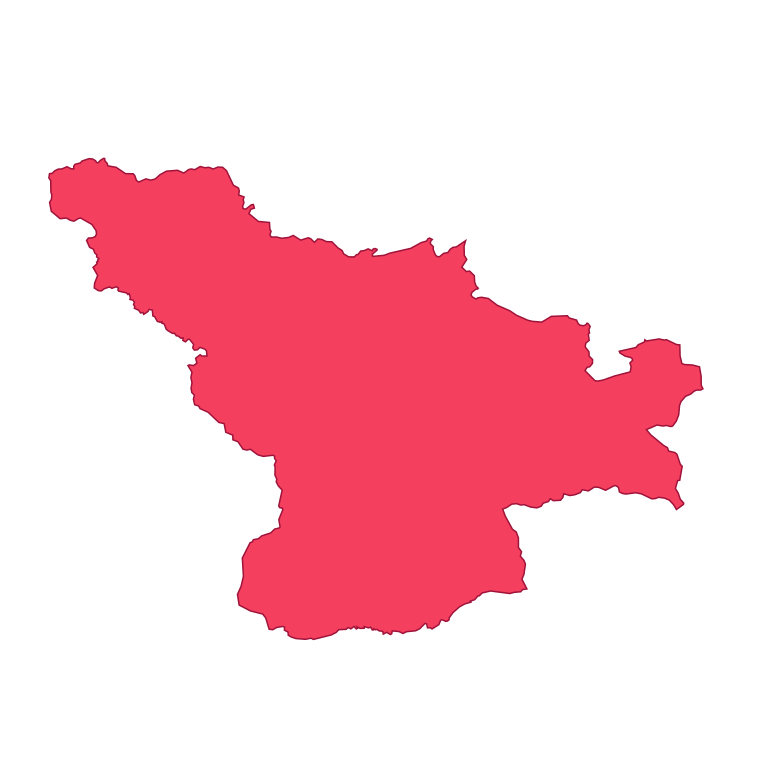 the district of Beroroha, Atsimo-Andrefana, Madagascar, rotated 265°
{"feature_id": "10022922B39697778193382", "entity_name": "Beroroha", "entity_type": "district", "adm_level": 2, "iso_a3": "MDG", "parent_name": "Madagascar", "parent_adm1": "Atsimo-Andrefana", "projection": "natural_earth1", "projection_center": [45.328, -21.505], "detail": "fine", "context": "isolated", "style": "filled", "palette": "rose", "viewbox_px": 768, "rotation_deg": 265, "n_neighbors": 0, "source": "geoboundaries", "source_scale": "gbopen_adm2", "svg_char_len": 6148}
<svg xmlns="http://www.w3.org/2000/svg" viewBox="0 0 768 768"><g transform="rotate(265 384 384)"><path d="M633.0,125.4L633.2,124.3L631.6,121.1L629.3,118.4L629.8,116.9L631.5,116.2L633.5,113.5L634.2,109.9L632.5,102.7L630.7,100.7L629.8,95.4L628.1,93.9L625.3,93.7L625.7,91.0L628.1,87.1L626.3,81.8L626.5,78.3L625.1,74.6L622.8,71.8L622.7,69.1L618.5,68.1L615.6,69.7L604.4,68.9L601.2,69.5L597.0,68.8L594.1,66.7L585.0,67.6L576.9,75.8L577.0,82.1L574.5,85.6L573.2,89.3L575.6,94.3L575.7,96.4L568.4,106.9L562.0,110.5L558.6,110.7L556.1,109.3L555.0,106.2L555.2,102.3L552.9,100.2L545.7,102.7L543.6,106.3L539.9,107.2L537.7,109.1L535.7,108.8L533.7,110.9L532.4,109.5L531.0,109.6L530.5,108.3L528.9,108.7L525.5,104.3L517.1,108.2L509.6,104.5L505.0,103.7L502.0,107.4L501.3,110.3L503.3,113.7L504.4,118.1L504.2,119.9L503.0,121.2L504.2,125.8L502.7,127.8L500.8,127.1L499.6,127.8L497.2,135.4L495.5,136.7L496.1,138.0L491.9,138.9L490.4,138.2L489.5,141.1L487.2,142.5L485.0,141.4L482.7,142.5L481.2,141.9L478.8,146.1L476.0,147.6L476.2,150.1L474.3,150.7L476.8,155.2L478.8,156.5L477.8,159.6L471.9,159.7L471.2,161.3L466.1,163.7L465.0,166.5L465.4,168.2L463.8,168.1L463.0,170.3L457.6,171.8L455.6,173.8L452.8,177.8L452.8,179.7L450.1,181.3L449.7,183.2L447.3,185.6L447.4,188.0L444.9,187.4L443.3,189.9L445.6,192.7L445.5,194.1L440.1,197.8L436.7,196.6L434.3,198.0L434.3,201.0L436.5,203.9L434.3,208.6L432.6,210.0L427.3,210.1L427.7,205.1L429.2,203.4L426.1,198.6L421.1,199.4L419.0,195.9L420.0,191.6L419.5,190.3L412.5,193.7L407.4,192.2L401.9,192.8L396.5,191.4L392.3,191.8L389.4,194.1L385.5,192.8L379.8,193.6L378.3,197.4L375.5,198.6L371.2,206.3L360.1,216.1L358.5,221.3L349.7,222.2L346.2,228.9L341.6,228.6L339.2,233.5L331.3,237.9L330.2,241.5L330.6,245.2L324.5,252.0L322.4,257.4L322.7,267.0L321.7,268.7L319.3,268.5L317.0,270.0L312.8,267.7L310.7,268.3L302.8,267.4L298.6,268.9L295.9,268.1L291.4,270.0L287.2,273.3L271.8,268.5L270.0,269.2L269.0,272.0L267.6,272.2L258.1,267.4L250.7,268.0L249.7,266.9L249.0,262.4L245.5,258.2L243.5,249.2L240.8,245.3L240.3,240.3L238.3,239.2L237.6,236.8L223.0,227.7L204.7,227.2L194.7,223.9L187.2,219.7L176.4,220.4L169.6,231.1L165.4,243.1L161.2,245.8L149.7,248.2L148.9,251.8L150.8,255.8L151.3,261.9L150.4,263.8L147.5,263.3L145.2,266.8L142.1,266.7L140.0,269.6L138.1,274.0L136.5,283.5L137.1,289.2L135.7,291.4L138.6,309.6L140.7,314.7L143.2,317.5L142.9,324.9L144.5,327.0L143.0,329.7L145.0,333.0L142.4,335.0L142.9,336.3L144.5,335.9L142.6,338.9L142.4,343.0L144.1,343.1L142.4,347.3L142.9,349.5L140.0,350.9L140.0,352.0L141.0,352.4L139.9,353.8L140.1,355.7L138.5,357.6L137.7,361.2L134.9,361.5L136.4,365.0L133.9,368.5L134.5,369.9L137.3,370.7L136.1,377.3L133.8,381.2L135.3,384.9L135.4,394.0L137.1,398.3L141.9,403.9L141.2,405.6L137.3,406.1L137.1,409.0L135.8,410.5L139.5,417.7L143.8,419.9L144.0,421.6L142.2,424.7L142.3,426.6L143.3,428.2L145.4,428.6L150.1,432.6L155.4,439.7L157.9,445.4L159.1,451.6L160.2,451.1L161.2,455.5L164.7,459.1L164.7,460.5L167.3,463.6L168.5,472.1L164.3,491.1L165.1,495.6L165.1,502.1L167.1,504.1L167.4,508.5L177.5,504.4L182.2,506.8L192.2,509.2L196.2,508.0L200.6,504.8L204.9,506.4L209.4,503.7L219.1,504.5L225.1,502.8L228.1,499.3L241.8,493.3L249.1,491.3L250.2,495.4L253.2,500.8L253.2,505.7L251.5,509.7L251.6,513.1L248.6,519.4L247.3,525.5L248.5,529.9L251.4,532.2L252.6,537.6L255.2,539.7L253.0,542.5L252.8,549.7L255.4,552.3L259.0,553.5L256.7,559.3L257.0,564.3L258.7,570.2L261.4,572.3L259.7,578.3L263.0,584.6L262.3,589.0L258.8,595.5L262.4,603.8L262.6,606.1L260.5,608.6L255.9,609.1L254.2,612.0L253.3,615.4L253.7,625.3L252.2,630.7L246.3,640.7L246.2,644.1L247.2,647.7L245.9,653.4L243.4,658.2L238.6,661.9L233.5,664.4L237.9,671.8L239.2,672.2L243.4,669.1L249.6,667.6L254.5,665.2L262.2,668.1L262.3,670.2L276.0,673.9L278.1,672.2L288.4,669.7L290.3,667.9L292.4,661.7L295.9,660.8L298.4,657.2L310.1,645.3L315.7,641.4L319.3,652.4L317.8,658.4L318.1,661.7L316.6,665.9L317.0,667.9L321.6,672.0L327.6,674.9L337.0,676.6L340.7,678.4L345.5,683.4L347.1,688.4L349.9,692.5L350.7,694.9L350.4,699.1L351.4,701.3L355.1,699.9L364.1,700.6L373.6,699.8L376.0,693.1L377.2,685.1L378.4,682.5L386.3,681.4L397.2,682.1L397.8,678.9L403.6,669.1L403.3,667.3L404.9,661.9L404.0,649.2L405.3,647.7L403.2,647.2L401.0,640.8L398.4,638.1L396.1,621.2L394.4,621.7L390.7,626.7L388.9,632.0L387.6,633.5L385.9,633.6L383.5,630.8L379.5,631.7L374.6,630.3L372.0,614.9L368.8,602.3L368.3,597.4L368.9,594.4L379.8,585.4L383.0,587.9L383.2,590.4L386.4,593.5L390.2,593.9L393.9,590.8L398.2,591.0L403.4,587.7L407.0,588.5L409.6,592.2L416.0,591.9L416.9,593.2L420.2,592.9L423.4,594.4L426.4,592.6L426.9,591.6L425.3,590.1L424.7,587.9L425.4,584.6L427.0,582.8L430.9,581.4L433.7,574.1L436.0,572.7L436.8,556.6L431.9,546.6L433.5,537.2L435.0,532.8L440.9,522.0L446.0,515.7L452.6,503.6L460.1,495.4L461.9,488.7L461.7,485.0L460.6,483.1L463.1,479.5L465.2,478.5L467.6,479.6L470.5,483.8L470.4,485.5L471.2,486.3L473.5,484.3L477.8,483.2L484.0,483.4L489.0,479.2L488.9,475.7L493.6,471.7L500.8,477.3L505.2,475.2L514.3,475.8L519.7,477.8L514.2,467.9L514.1,464.5L512.3,461.5L509.3,459.0L509.0,454.9L505.9,450.3L506.5,447.8L508.1,446.5L513.4,444.8L516.6,445.0L519.6,442.5L521.9,442.7L523.8,444.7L525.4,442.1L524.8,440.4L522.7,438.9L521.6,433.3L516.8,422.4L513.8,401.0L512.2,395.5L512.1,384.0L514.2,383.6L518.0,388.8L518.9,388.7L519.8,386.6L519.4,385.0L517.8,383.7L520.0,380.0L518.6,375.9L518.5,372.4L515.5,369.6L514.9,367.3L513.2,365.7L513.7,359.9L517.2,355.1L520.7,353.9L523.6,350.0L530.2,344.5L530.9,339.0L533.3,334.8L534.3,330.8L531.2,327.0L535.0,323.7L536.3,321.4L534.6,313.6L539.9,306.5L538.3,301.8L538.1,294.8L539.8,289.8L540.2,284.6L542.4,283.3L546.0,284.8L548.2,283.8L554.9,284.0L556.9,273.0L565.5,264.3L569.7,266.6L570.5,270.2L574.2,269.5L574.1,267.5L570.2,261.5L571.0,259.0L573.3,258.7L576.9,260.3L579.9,259.8L582.5,260.9L585.0,255.7L588.9,256.7L591.9,256.1L595.1,251.3L610.2,245.7L613.9,242.2L614.6,237.5L613.1,232.6L615.1,228.5L615.1,224.2L616.7,219.9L614.0,214.2L615.0,210.8L614.7,208.2L611.6,202.9L614.9,196.9L615.0,185.9L612.0,179.0L608.2,174.0L607.4,169.5L609.1,164.7L606.6,157.4L608.2,155.2L613.4,153.9L615.3,152.4L616.1,144.8L623.2,136.1L625.4,127.9L627.8,127.5L630.8,125.4L633.0,125.4Z" fill="#f43f5e" stroke="#9f1239" stroke-width="1.5"/></g></svg>